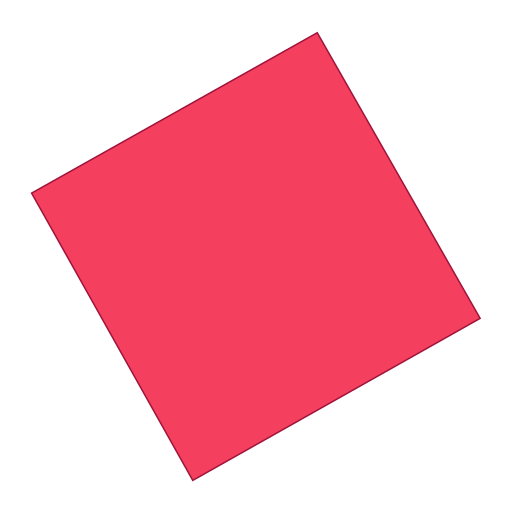 outline of Crosby, Texas, United States of America, rotated 151°
{"feature_id": "52423323B48575431157789", "entity_name": "Crosby", "entity_type": "district", "adm_level": 2, "iso_a3": "USA", "parent_name": "United States of America", "parent_adm1": "Texas", "projection": "robinson", "projection_center": [-101.248, 33.614], "detail": "fine", "context": "isolated", "style": "filled", "palette": "rose", "viewbox_px": 512, "rotation_deg": 151, "n_neighbors": 0, "source": "geoboundaries", "source_scale": "gbopen_adm2", "svg_char_len": 226}
<svg xmlns="http://www.w3.org/2000/svg" viewBox="0 0 512 512"><g transform="rotate(151 256 256)"><path d="M420.1,90.4L90.2,92.8L94.2,421.6L421.8,419.8L420.1,90.4Z" fill="#f43f5e" stroke="#9f1239" stroke-width="1.5"/></g></svg>